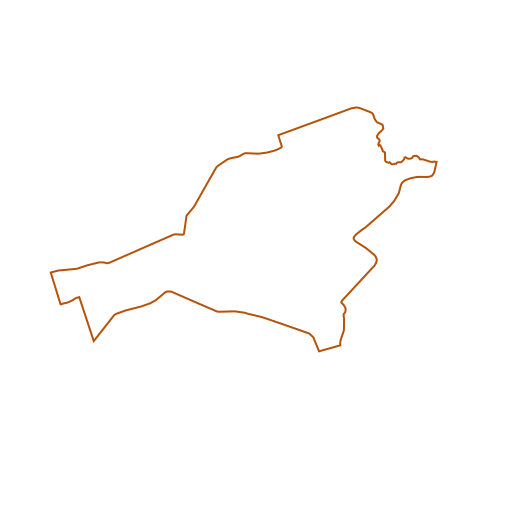 the border of Upper Nile, rotated 252°
{"feature_id": "SDS-869", "entity_name": "Upper Nile", "entity_type": "State", "adm_level": 1, "iso_a3": "SSD", "parent_name": "South Sudan", "parent_adm1": "", "projection": "equal_earth", "projection_center": [32.959, 10.08], "detail": "fine", "context": "isolated", "style": "outline", "palette": "amber", "viewbox_px": 512, "rotation_deg": 252, "n_neighbors": 0, "source": "natural_earth", "source_scale": "10m", "svg_char_len": 2858}
<svg xmlns="http://www.w3.org/2000/svg" viewBox="0 0 512 512"><g transform="rotate(252 256 256)"><path d="M366.6,394.8L366.4,396.9L365.4,399.1L364.0,401.2L357.1,409.6L355.7,410.7L354.4,411.2L350.4,411.2L348.0,411.6L346.8,412.0L345.7,412.6L345.0,413.3L342.1,416.6L341.8,416.8L341.0,416.9L337.8,416.4L336.1,413.8L334.8,410.6L332.6,408.1L331.1,407.8L330.1,408.4L329.1,409.1L327.8,409.4L326.7,408.8L325.7,407.7L324.5,406.8L323.1,406.9L323.5,407.6L323.4,407.9L322.8,408.4L318.1,409.1L317.2,408.9L316.6,408.9L316.1,409.3L315.1,410.3L314.4,410.6L306.8,408.3L305.6,408.6L303.6,410.9L303.7,411.3L303.9,411.9L303.3,412.5L302.3,412.8L301.3,413.4L301.0,414.1L300.9,414.8L300.9,416.4L300.8,416.8L300.5,417.5L300.4,418.0L300.6,418.3L301.2,418.9L301.3,419.2L301.2,420.3L300.6,422.1L300.4,422.8L300.7,423.9L301.1,424.8L301.6,425.6L302.1,426.6L302.8,427.1L303.7,427.6L303.6,428.8L303.1,429.3L302.5,429.6L301.9,430.3L301.3,431.3L301.0,432.2L300.9,433.1L300.9,434.4L301.1,435.0L302.1,435.9L302.3,436.4L302.1,438.2L301.6,439.6L300.7,440.5L299.5,441.3L297.4,441.7L297.1,442.2L296.9,443.0L296.6,444.0L296.2,444.8L292.2,450.3L291.3,451.9L291.0,452.8L290.7,454.8L290.3,455.5L290.0,455.9L289.7,456.8L281.3,451.9L279.7,450.5L278.0,448.4L277.8,445.8L278.3,443.1L280.4,437.0L281.4,433.4L281.9,429.5L282.2,425.7L281.9,421.1L280.8,418.1L279.1,416.0L271.7,411.3L265.7,404.5L261.7,397.9L249.3,368.8L248.1,364.6L245.6,357.9L244.2,355.6L242.8,354.3L241.5,354.3L239.8,354.9L238.1,356.0L229.6,363.0L220.3,369.0L218.0,369.7L215.3,369.8L212.5,368.3L210.1,365.5L187.0,324.1L186.1,323.1L185.7,322.8L185.2,322.8L185.0,323.0L181.8,324.4L178.7,325.0L177.6,324.7L176.2,324.2L174.9,323.4L174.4,322.7L173.7,321.5L172.3,320.9L169.1,320.4L158.1,316.6L149.6,310.3L146.5,308.9L145.0,308.6L145.9,286.5L160.9,285.4L165.8,282.7L180.9,262.9L195.9,243.0L203.6,230.4L205.5,227.8L209.9,218.8L214.5,203.3L215.4,201.6L231.8,183.0L248.3,164.4L249.4,161.5L249.8,159.2L244.8,146.7L243.7,140.4L243.5,130.6L244.5,115.4L244.2,105.8L244.1,104.7L243.7,103.3L243.5,102.7L225.2,75.4L248.4,75.3L271.5,75.2L271.6,72.9L271.6,71.7L271.4,70.6L270.5,67.4L270.0,63.0L270.0,61.8L270.1,60.6L270.3,58.4L270.4,57.2L270.3,56.6L270.2,56.0L270.3,55.6L270.5,55.2L303.7,55.7L303.3,63.4L299.2,81.6L299.3,92.4L298.4,104.8L298.1,105.8L297.2,108.5L296.4,110.1L295.5,111.5L295.2,112.1L294.9,113.0L294.9,114.4L298.4,149.1L301.8,183.9L301.6,185.7L301.3,186.8L299.5,191.2L299.0,192.6L298.9,193.7L299.7,194.5L315.0,202.0L315.7,202.5L316.3,203.1L321.9,212.1L337.0,228.6L352.1,245.1L353.2,246.8L356.3,257.2L356.7,258.7L356.8,261.2L356.7,263.2L355.9,269.4L356.2,272.2L356.7,274.0L357.1,276.2L357.1,276.8L357.1,277.4L356.8,278.4L352.4,290.4L350.9,298.9L350.5,306.1L350.8,310.3L351.3,313.0L351.5,313.6L351.7,314.0L351.9,314.3L352.1,314.4L364.0,314.5L364.9,338.0L365.9,365.2L367.0,392.5L366.6,394.8Z" fill="none" stroke="#b45309" stroke-width="2"/></g></svg>